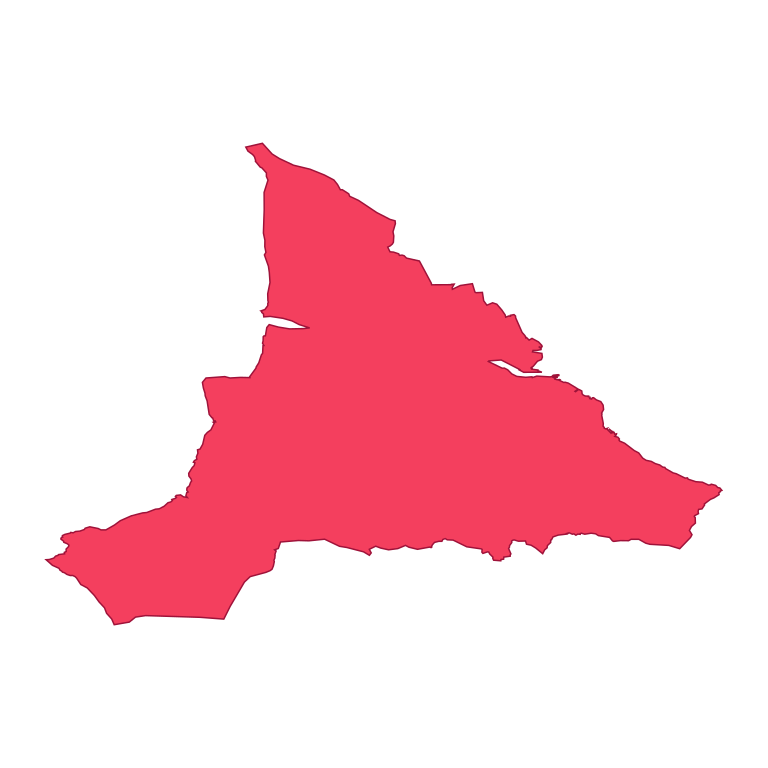 Drammen nor, Buskerud, Norway
{"feature_id": "86288312B37235196254679", "entity_name": "Drammen nor", "entity_type": "district", "adm_level": 2, "iso_a3": "NOR", "parent_name": "Norway", "parent_adm1": "Buskerud", "projection": "natural_earth1", "projection_center": [10.161, 59.728], "detail": "fine", "context": "isolated", "style": "filled", "palette": "rose", "viewbox_px": 768, "rotation_deg": 0, "n_neighbors": 0, "source": "geoboundaries", "source_scale": "gbopen_adm2", "svg_char_len": 6075}
<svg xmlns="http://www.w3.org/2000/svg" viewBox="0 0 768 768"><path d="M715.7,485.4L711.3,484.2L710.6,484.3L711.2,484.4L710.7,484.8L708.6,485.1L702.4,482.2L695.8,481.7L688.2,479.2L687.5,477.9L685.1,478.1L676.2,473.7L673.1,472.9L665.6,468.6L664.9,467.4L662.7,467.1L659.8,465.0L655.3,463.6L651.3,461.4L646.1,460.3L642.7,458.1L638.7,452.9L634.3,450.6L624.6,443.2L619.6,441.0L619.0,440.0L619.4,439.0L617.9,437.2L614.8,436.4L616.3,434.7L616.5,433.8L614.8,434.2L614.1,432.4L612.2,432.8L613.3,431.2L612.3,431.7L608.9,428.8L612.2,432.0L611.0,433.1L606.8,428.9L607.2,428.4L605.7,428.9L604.3,428.3L604.3,427.5L603.1,426.2L603.3,423.6L601.7,415.2L602.0,414.0L601.6,413.1L603.6,409.5L603.1,405.1L600.8,401.6L596.4,399.9L593.6,397.7L592.3,397.8L591.6,399.0L589.7,398.6L590.1,397.3L588.2,396.6L588.4,396.1L585.6,396.1L583.4,395.2L582.1,393.8L581.8,391.0L579.3,389.6L578.2,389.7L575.6,391.7L575.0,391.3L578.1,389.1L568.3,383.1L565.0,382.2L563.9,382.5L559.3,380.3L560.0,379.7L559.6,379.5L557.3,379.8L554.9,379.1L555.1,378.6L554.2,377.9L557.2,377.5L557.2,377.0L553.7,377.6L552.2,376.9L558.7,375.7L559.0,375.1L558.2,374.7L553.2,375.2L552.7,375.7L553.2,376.0L552.9,376.4L550.1,376.9L536.8,376.1L532.3,377.6L532.0,376.8L525.7,377.3L516.8,376.4L511.8,373.9L507.7,369.8L504.4,368.1L502.2,368.2L488.3,361.5L488.9,360.9L501.2,360.0L519.7,369.5L519.2,369.9L523.7,372.3L541.9,372.2L537.7,370.6L537.9,370.0L531.9,369.2L532.1,368.5L531.2,368.5L531.1,367.7L533.3,366.2L537.5,361.2L541.4,359.6L542.4,357.1L541.9,353.4L532.5,351.9L533.0,350.4L537.1,350.4L541.0,349.6L541.2,348.8L538.7,346.6L540.7,347.5L541.6,347.3L542.1,346.4L541.5,345.8L541.8,345.4L538.5,341.9L532.0,338.4L529.1,340.1L526.5,337.5L525.9,337.9L525.0,335.7L522.1,332.4L515.7,317.9L515.5,316.0L514.0,314.6L510.4,315.3L510.5,316.2L508.7,316.0L505.7,317.2L505.2,315.0L501.8,310.0L496.8,304.2L492.6,302.8L486.9,305.2L483.7,300.8L482.4,292.4L476.0,292.7L474.9,292.0L472.4,283.7L460.3,285.5L452.4,289.3L452.2,287.6L454.2,284.1L451.5,284.3L451.5,284.7L431.6,284.8L431.3,283.2L419.4,261.0L406.5,258.1L404.1,255.7L402.0,255.1L399.4,255.4L398.7,253.8L393.5,252.1L390.0,251.8L387.7,247.1L390.2,245.9L392.4,244.0L393.4,242.3L393.8,235.9L393.0,231.8L395.4,223.6L395.1,220.8L390.0,219.4L376.8,212.6L358.5,200.4L349.7,196.3L348.7,193.8L342.3,189.7L340.4,189.8L337.5,184.5L333.9,180.0L324.4,175.0L310.0,169.2L293.5,165.2L279.5,158.6L272.1,154.0L262.4,143.3L245.8,147.1L248.0,151.2L252.6,154.5L254.4,156.6L255.6,160.3L255.4,161.3L260.3,167.2L261.8,167.8L266.4,172.9L266.4,176.5L268.0,180.1L264.1,192.4L264.2,209.8L263.4,233.1L264.9,240.3L264.8,246.6L265.9,252.4L264.4,254.9L268.4,266.1L269.3,272.3L270.0,282.5L267.7,293.8L267.9,300.7L268.4,302.3L267.8,303.2L267.8,305.6L264.9,309.5L260.9,310.9L261.8,311.5L261.8,312.5L263.4,313.8L263.8,316.9L270.2,316.4L282.9,318.3L292.0,320.9L299.2,324.6L309.7,327.9L303.3,328.6L289.7,328.9L278.5,327.1L269.2,324.6L266.8,327.5L265.4,335.8L264.0,335.9L263.2,336.7L263.1,341.0L262.5,343.2L263.9,345.5L263.0,345.6L262.6,353.3L261.4,354.8L258.8,362.8L256.1,367.1L256.0,368.1L249.7,376.7L249.9,377.6L240.6,377.4L230.0,378.0L224.8,376.6L206.0,378.0L202.4,382.4L203.4,388.1L205.0,393.2L205.2,395.8L207.1,400.8L209.2,414.4L212.0,417.8L212.6,417.9L213.8,421.0L215.1,420.8L215.7,421.9L213.3,422.3L214.3,423.1L210.9,429.9L207.4,432.4L204.8,435.3L202.7,444.3L200.0,449.1L197.5,449.8L197.9,453.2L196.4,456.8L196.8,459.3L194.4,460.6L193.4,462.2L194.9,462.7L194.2,465.6L192.3,467.5L188.7,473.3L188.9,476.1L191.0,478.9L191.6,481.0L190.6,482.3L189.3,485.9L187.2,487.6L186.8,489.0L186.9,490.5L188.1,492.0L186.7,492.7L185.9,495.8L187.3,497.5L183.4,496.8L180.6,494.9L176.3,495.4L175.4,496.4L176.4,497.4L175.5,498.3L171.8,499.5L172.4,500.5L170.7,502.0L168.0,502.7L164.2,506.2L159.2,508.8L155.4,509.2L146.8,512.5L142.6,512.9L131.4,515.8L120.3,520.7L114.5,525.0L105.9,529.9L101.0,529.9L98.2,528.5L89.8,526.8L85.2,528.2L84.3,529.5L79.9,531.1L75.5,531.5L73.2,532.8L70.7,532.4L70.2,533.1L64.8,534.4L62.4,535.6L62.2,536.8L62.6,537.1L61.0,538.1L60.9,539.1L63.7,541.3L63.8,542.3L67.4,543.8L68.9,545.1L68.6,546.5L66.1,549.1L66.2,551.5L64.3,552.4L64.6,553.8L58.5,554.6L57.9,555.4L55.6,556.1L53.8,558.1L49.3,559.5L46.1,559.7L52.4,565.3L59.0,568.3L60.1,570.3L61.7,571.1L62.4,572.1L64.4,572.7L66.9,574.4L70.1,575.5L72.8,575.5L75.2,576.7L76.6,578.1L80.8,584.5L87.2,587.9L94.4,595.5L99.1,602.0L104.5,607.8L106.6,613.3L111.7,619.0L114.2,624.7L129.3,622.1L135.5,617.1L145.6,615.6L200.1,617.3L223.8,619.1L230.2,606.3L244.4,582.1L250.2,576.6L265.8,572.4L270.0,570.7L272.0,569.3L273.4,565.9L274.3,561.6L273.9,560.2L274.8,558.2L275.1,555.1L274.8,554.8L276.1,551.0L274.6,549.8L278.3,548.5L280.5,542.0L298.4,540.5L308.9,540.8L324.6,539.2L339.5,546.3L346.9,547.5L363.5,551.8L369.4,555.3L371.2,552.9L369.3,549.3L375.7,546.2L380.8,548.1L388.6,549.8L397.8,548.6L405.5,545.4L408.9,547.2L417.5,549.3L429.6,547.1L431.1,547.6L431.8,547.0L431.5,546.5L432.4,544.8L434.5,542.4L438.9,541.3L441.9,541.3L442.8,539.5L445.2,538.6L447.2,539.8L453.1,540.1L466.8,546.8L481.3,548.9L482.1,549.4L481.9,552.2L482.9,553.4L487.4,551.9L488.8,552.1L489.7,554.0L492.9,557.1L492.8,558.5L493.6,560.2L500.8,560.8L501.0,559.5L503.6,559.2L503.8,557.1L510.2,556.2L510.2,554.9L510.9,553.9L508.6,548.5L509.5,547.1L509.5,545.7L511.8,542.5L511.6,541.0L512.6,540.3L514.1,539.9L518.4,541.2L525.5,541.0L526.5,544.2L531.1,545.2L535.7,548.0L542.7,553.7L544.7,549.8L547.1,547.8L547.4,545.6L550.7,542.5L550.7,540.1L551.5,539.8L553.0,536.9L558.2,535.1L567.3,534.0L567.6,533.8L567.0,533.4L569.1,532.8L572.3,534.2L573.9,533.9L575.9,535.2L577.8,534.1L580.2,534.3L580.2,533.6L581.4,533.2L584.7,534.2L591.1,533.2L595.6,533.8L598.4,535.6L609.6,537.4L612.5,540.9L613.7,541.4L620.4,540.6L628.6,540.7L631.1,539.3L638.8,539.3L645.8,543.2L649.9,544.3L668.8,545.4L679.7,548.7L690.5,537.5L692.0,534.7L689.4,530.4L691.5,526.5L695.4,523.1L695.2,517.5L694.3,516.7L694.6,515.7L698.5,513.6L698.1,511.6L698.6,509.4L702.0,508.9L704.6,505.0L704.3,504.0L710.4,499.4L713.9,497.9L719.1,494.6L718.8,492.7L720.3,491.7L720.3,491.0L721.9,490.4L719.9,488.0L717.7,487.5L715.7,485.4Z" fill="#f43f5e" stroke="#9f1239" stroke-width="1.5"/></svg>